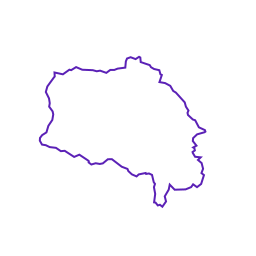 the district of Makedonski Brod, Brod, North Macedonia, rotated 307°
{"feature_id": "65306769B48467279151544", "entity_name": "Makedonski Brod", "entity_type": "district", "adm_level": 2, "iso_a3": "MKD", "parent_name": "North Macedonia", "parent_adm1": "Brod", "projection": "equal_earth", "projection_center": [21.207, 41.644], "detail": "fine", "context": "isolated", "style": "outline", "palette": "violet", "viewbox_px": 256, "rotation_deg": 307, "n_neighbors": 0, "source": "geoboundaries", "source_scale": "gbopen_adm2", "svg_char_len": 1533}
<svg xmlns="http://www.w3.org/2000/svg" viewBox="0 0 256 256"><g transform="rotate(307 128 128)"><path d="M191.7,95.4L191.5,94.0L187.6,92.6L186.1,87.5L182.9,85.4L179.9,86.2L174.6,89.5L169.2,84.0L166.1,82.1L163.7,78.9L159.0,77.5L157.0,71.2L154.5,68.9L153.0,65.1L147.0,56.4L145.4,49.9L140.0,47.8L139.3,46.1L131.7,43.7L128.1,35.9L125.0,38.5L123.4,38.4L112.6,38.6L107.3,40.7L104.1,47.1L100.7,50.6L97.6,52.2L95.9,57.8L93.9,60.1L88.9,62.7L81.8,63.1L75.4,65.5L70.6,63.7L67.1,63.7L64.8,65.2L63.0,69.3L64.8,72.7L65.6,76.9L68.8,82.4L69.1,88.3L71.7,91.2L72.5,102.4L77.4,105.2L78.0,115.4L77.9,116.7L76.8,117.3L76.8,120.7L80.4,123.4L82.3,127.1L84.6,129.2L90.9,130.7L93.4,133.9L93.3,146.3L95.0,152.2L93.8,154.2L93.3,159.0L94.5,164.0L97.4,164.5L102.7,169.2L102.2,170.1L104.3,172.1L105.0,175.4L100.2,181.2L99.6,183.2L96.4,184.3L91.7,189.4L84.3,193.6L85.0,194.9L84.1,198.4L85.9,199.7L85.8,202.8L92.2,202.6L95.5,198.5L103.3,197.6L107.9,195.4L106.8,202.4L113.6,210.9L118.8,214.0L122.2,213.9L122.3,218.7L127.3,220.1L136.1,217.0L136.2,213.8L140.6,212.5L144.3,207.9L144.6,203.1L148.3,203.7L145.4,198.9L147.1,194.7L147.7,194.0L150.3,194.9L151.8,193.2L151.7,191.8L155.1,193.3L156.6,187.6L159.1,186.1L164.5,187.0L170.7,191.7L171.7,192.0L172.6,190.7L171.2,184.2L174.6,177.0L173.8,174.6L174.5,168.1L175.9,166.4L178.3,165.8L179.9,161.4L182.6,157.9L185.1,144.9L184.8,141.8L187.1,136.4L186.2,130.6L183.6,125.5L190.7,123.1L190.4,121.6L193.0,118.2L190.8,113.3L190.4,109.8L191.3,107.5L188.3,98.5L191.7,95.4Z" fill="none" stroke="#5b21b6" stroke-width="2"/></g></svg>